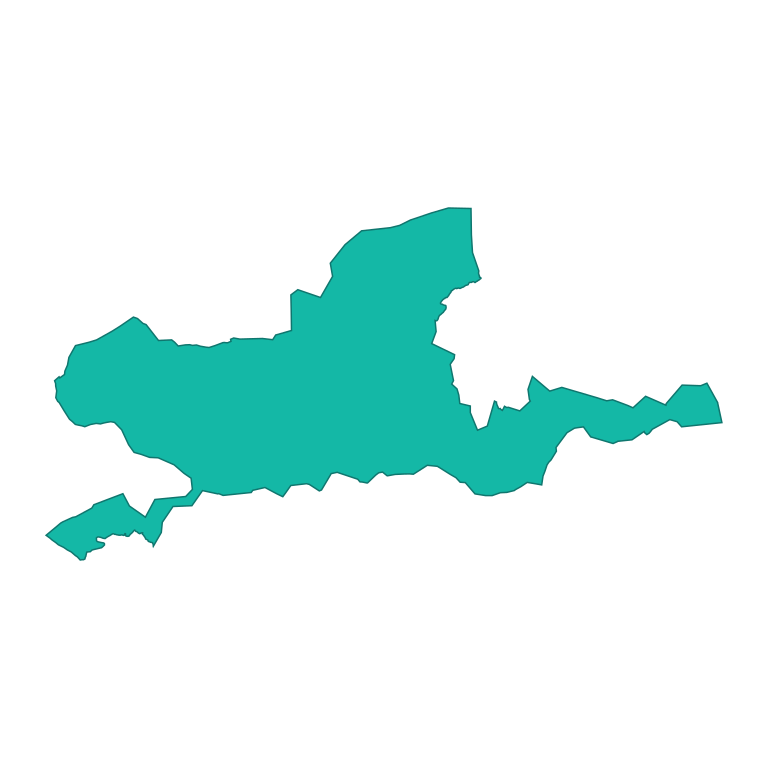 Karasuwa, Yobe, Nigeria (Albers equal-area conic projection)
{"feature_id": "59680162B67680561366569", "entity_name": "Karasuwa", "entity_type": "district", "adm_level": 2, "iso_a3": "NGA", "parent_name": "Nigeria", "parent_adm1": "Yobe", "projection": "albers", "projection_center": [10.749, 12.987], "detail": "fine", "context": "isolated", "style": "filled", "palette": "teal", "viewbox_px": 768, "rotation_deg": 0, "n_neighbors": 0, "source": "geoboundaries", "source_scale": "gbopen_adm2", "svg_char_len": 6016}
<svg xmlns="http://www.w3.org/2000/svg" viewBox="0 0 768 768"><path d="M46.1,535.3L50.2,538.3L51.7,539.7L55.9,542.7L58.4,544.8L63.7,547.4L67.3,549.9L71.3,552.0L75.3,555.5L77.4,556.9L80.2,560.0L82.1,559.7L83.6,559.7L85.0,558.9L85.1,557.7L85.8,556.4L86.3,553.9L86.8,552.1L88.1,551.9L90.3,551.7L92.1,550.0L94.0,549.5L96.1,549.0L98.6,548.4L101.6,547.7L103.3,546.2L104.5,544.9L104.4,543.5L103.6,542.9L101.2,542.5L98.4,541.9L97.2,541.5L96.5,540.6L96.5,539.5L96.4,538.5L96.4,537.9L97.0,537.4L97.6,537.0L98.3,536.9L100.5,537.3L101.5,537.6L102.6,538.1L103.8,538.4L104.6,538.5L105.2,538.5L106.2,537.7L107.4,536.9L108.6,536.2L109.8,535.6L110.7,535.0L111.7,534.4L112.5,533.9L113.0,533.7L113.5,533.8L114.0,534.0L114.4,534.3L115.5,534.3L116.4,534.7L117.6,534.9L118.5,535.1L119.4,535.2L120.3,535.2L121.2,534.9L121.9,535.0L122.7,535.1L123.5,535.4L124.2,535.2L124.5,534.6L124.7,534.0L125.0,533.6L125.5,533.7L125.6,534.2L125.5,534.9L125.5,535.5L125.8,535.9L126.3,536.1L127.0,536.3L128.2,536.3L129.1,536.0L129.7,535.1L130.1,534.6L130.4,534.1L131.1,533.7L131.6,533.3L132.1,532.7L132.7,532.2L133.1,531.6L133.6,531.0L134.0,530.5L134.5,530.1L134.8,530.1L135.5,531.1L136.0,531.5L136.7,531.6L137.4,532.1L138.2,532.9L139.0,533.4L139.8,533.7L140.4,533.4L141.0,533.0L141.6,532.8L142.1,532.8L142.6,532.8L142.6,533.2L142.3,533.6L142.3,534.0L142.9,534.5L143.7,535.5L144.5,536.7L145.1,537.5L145.4,538.2L145.6,538.9L146.1,539.3L146.6,539.4L147.3,539.8L148.0,540.3L148.2,541.2L148.8,541.6L149.8,541.9L150.6,542.3L151.4,542.4L152.5,542.7L152.8,543.5L153.1,544.4L153.6,545.2L153.3,545.5L153.2,545.9L153.3,546.3L161.3,532.5L162.3,522.3L173.0,506.5L191.9,505.7L202.5,490.6L217.9,493.9L218.7,493.6L223.1,495.4L251.2,492.5L252.8,490.3L265.0,487.5L276.8,493.8L282.8,496.7L285.6,492.9L290.8,485.5L306.5,483.7L309.3,484.4L319.3,490.9L321.5,490.0L331.2,473.6L337.3,472.3L338.0,472.6L357.7,479.2L360.0,481.9L362.1,482.0L367.0,483.0L367.6,482.9L375.7,475.1L378.7,472.8L382.6,472.1L387.0,475.7L387.5,475.8L395.2,474.4L404.2,474.0L409.4,473.9L413.4,474.2L427.3,465.3L437.4,466.3L450.3,474.4L456.0,477.7L460.1,482.2L465.3,482.6L475.0,493.9L485.7,495.6L492.1,495.6L500.4,492.7L506.8,492.4L514.4,490.5L515.5,489.6L520.8,486.7L527.2,482.4L535.6,483.8L541.7,484.9L543.0,476.1L544.9,471.3L547.0,465.0L548.7,462.3L550.8,460.2L551.0,460.0L556.4,451.2L556.0,447.5L567.0,432.7L574.4,428.2L577.3,427.7L583.5,426.9L584.1,427.8L590.7,436.9L603.0,440.5L613.1,443.5L617.4,441.6L617.7,441.3L632.0,439.8L644.1,431.5L644.8,432.9L646.8,434.6L649.0,433.3L650.5,431.6L651.9,429.8L652.2,429.3L669.8,419.6L677.1,421.7L677.3,421.9L681.6,426.8L721.9,422.6L717.7,403.2L717.7,402.7L706.9,383.2L701.3,385.5L700.9,385.7L699.6,385.7L682.1,385.1L666.2,403.6L665.9,405.2L645.6,396.3L633.0,407.8L627.8,405.5L612.6,399.8L606.7,400.8L600.0,398.7L597.2,397.8L561.8,387.4L552.7,390.2L549.7,391.1L532.4,376.4L528.0,389.4L529.4,399.5L530.3,401.1L519.8,410.9L508.4,407.3L506.7,407.5L504.5,406.3L503.3,408.8L502.3,410.4L500.9,409.5L500.6,409.1L500.3,408.7L500.2,408.5L499.3,408.7L498.7,408.6L498.4,408.5L498.3,408.3L498.2,407.6L497.9,406.8L497.0,404.9L496.4,402.7L496.5,402.1L494.5,401.1L487.3,426.1L477.5,430.2L470.3,412.6L470.3,406.0L459.8,403.5L458.8,395.1L457.0,388.9L451.7,384.1L453.5,380.6L450.2,364.3L454.1,358.7L454.6,354.7L431.7,343.6L436.1,331.6L435.1,320.5L435.7,320.8L436.6,320.8L437.0,320.6L437.4,320.1L437.8,319.6L438.1,318.8L438.4,317.8L438.7,316.8L439.1,316.1L439.4,315.6L439.7,315.2L440.3,314.9L441.1,314.2L441.8,313.5L442.3,313.1L443.3,312.3L443.9,311.4L444.4,310.7L445.1,309.9L445.6,309.4L445.9,308.6L446.1,307.6L446.0,306.9L446.0,306.1L445.7,305.5L445.1,305.3L444.5,305.2L443.8,305.1L443.3,304.9L442.7,304.4L442.4,304.2L442.0,304.2L441.5,304.2L441.0,303.9L440.6,303.7L440.5,303.3L440.5,302.8L441.0,302.1L441.4,301.6L441.7,300.9L442.3,300.4L442.7,299.8L443.4,299.3L443.7,298.9L444.9,298.5L445.1,297.9L445.5,297.7L446.0,297.5L446.3,297.4L446.8,297.6L447.3,297.2L447.8,296.6L448.2,296.0L448.7,295.6L448.9,295.1L449.0,294.7L449.3,294.3L449.7,293.8L450.1,293.2L450.5,292.8L450.8,292.3L451.1,291.9L451.2,291.4L451.2,291.0L451.5,290.7L452.3,290.5L452.6,290.1L453.0,289.8L453.6,289.4L454.0,289.0L454.5,288.8L455.0,288.5L455.6,288.3L456.1,288.3L456.7,288.6L457.3,288.4L458.2,288.0L458.8,288.1L459.4,288.3L460.0,288.4L460.7,288.2L461.2,287.9L461.7,287.5L462.7,287.3L463.6,286.9L464.1,286.5L464.7,286.1L465.4,285.6L465.9,285.3L466.6,285.2L467.5,284.9L468.2,284.6L468.4,284.0L468.8,283.3L469.2,282.7L469.6,282.4L470.4,282.4L471.2,282.4L471.8,282.3L472.1,281.9L472.6,281.7L473.7,281.7L474.4,282.1L474.9,282.5L475.4,282.4L475.9,281.9L476.5,281.4L477.4,281.1L478.0,280.5L478.8,280.1L479.3,279.8L480.5,278.7L480.9,278.5L481.0,278.1L480.6,277.6L480.1,277.3L479.6,277.3L479.4,276.8L479.5,276.2L479.1,275.2L478.7,273.9L478.5,273.0L478.7,272.1L478.8,270.9L472.5,252.6L471.4,235.0L471.0,208.5L448.4,208.0L431.6,212.9L410.5,220.0L399.6,225.4L390.3,227.7L361.6,230.8L345.1,244.6L330.3,263.2L332.6,276.4L320.5,297.5L297.8,289.7L290.9,294.9L291.2,309.0L291.5,330.5L275.7,335.0L272.7,339.7L262.4,338.5L239.9,339.1L233.7,338.0L230.6,339.3L231.0,341.4L227.5,342.8L225.9,342.7L224.3,342.5L223.0,342.6L215.0,345.6L209.1,347.5L206.1,347.2L200.3,346.2L196.5,345.0L192.4,345.4L189.7,344.7L185.3,344.9L178.2,346.0L174.6,342.2L171.7,339.9L158.5,340.5L146.1,324.6L142.9,323.4L137.6,318.6L136.6,318.2L133.4,317.1L120.4,326.0L112.3,331.1L96.6,339.9L89.2,342.2L82.8,343.8L75.5,345.6L68.9,357.4L67.5,365.1L64.9,371.1L64.5,374.5L59.8,377.9L59.1,376.8L54.6,380.7L55.6,383.5L55.7,386.1L56.7,390.9L55.8,397.7L57.7,401.3L59.2,402.6L64.2,410.9L69.5,419.2L72.4,421.6L75.3,424.4L78.3,425.1L81.9,425.8L84.8,426.7L87.6,425.6L90.5,424.5L93.6,423.9L96.2,423.4L100.5,423.9L103.7,423.0L107.1,422.3L110.8,421.7L114.5,422.4L121.7,429.8L128.6,444.7L134.1,452.4L141.3,454.4L149.6,457.4L158.2,457.8L174.1,464.8L184.1,473.4L191.1,478.2L192.4,489.4L185.7,496.5L154.9,499.5L145.4,517.2L129.4,506.0L122.9,493.7L93.9,504.7L91.8,508.1L75.7,516.8L72.6,517.4L63.1,521.7L60.8,523.0L46.1,535.3Z" fill="#14b8a6" stroke="#0f766e" stroke-width="1.5"/></svg>